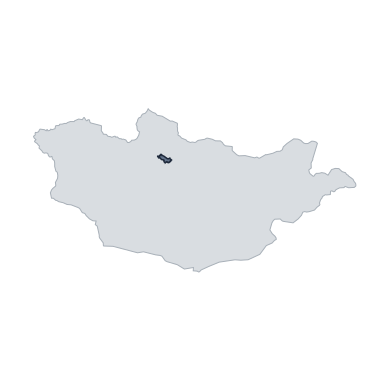 Cecerleg, Arhangay, Mongolia shown in context, rotated 5°
{"feature_id": "93677404B12707642123499", "entity_name": "Cecerleg", "entity_type": "district", "adm_level": 2, "iso_a3": "MNG", "parent_name": "Mongolia", "parent_adm1": "Arhangay", "projection": "albers", "projection_center": [101.208, 48.955], "detail": "fine", "context": "in_parent", "style": "filled", "palette": "slate", "viewbox_px": 384, "rotation_deg": 5, "n_neighbors": 0, "source": "geoboundaries", "source_scale": "gbopen_adm2", "svg_char_len": 5354}
<svg xmlns="http://www.w3.org/2000/svg" viewBox="0 0 384 384"><g transform="rotate(5 192 192)"><path d="M30.8,146.3L31.9,146.4L33.9,145.4L34.5,143.6L35.2,142.6L39.6,142.8L41.4,143.7L41.9,142.6L42.3,142.4L43.2,143.6L44.2,143.3L45.0,143.0L45.8,141.7L47.2,142.1L50.0,140.9L50.3,138.1L51.4,137.6L53.7,137.4L54.2,136.2L54.7,135.9L56.4,135.8L59.4,134.7L60.7,134.8L61.9,133.7L64.7,132.4L68.5,132.1L68.9,131.3L72.7,129.2L76.4,129.5L77.6,127.4L78.2,127.2L80.5,130.2L81.6,130.0L82.1,129.0L83.6,129.2L84.1,131.1L84.9,132.0L95.8,133.8L96.1,134.5L96.3,138.9L98.2,141.1L98.6,142.1L101.7,142.1L103.3,143.8L106.0,144.0L107.3,144.5L110.0,143.2L110.6,143.2L111.3,144.1L112.6,143.6L115.0,145.2L116.8,145.1L117.7,145.7L118.8,145.3L121.5,145.9L123.5,148.3L125.0,148.2L126.8,146.8L127.4,145.7L130.0,145.3L131.5,144.4L132.5,143.5L134.0,140.1L134.5,136.6L133.2,136.0L132.1,134.9L131.6,132.9L131.5,131.6L130.4,129.6L130.5,128.6L131.3,126.9L131.8,124.2L132.7,122.7L134.5,121.9L134.7,120.8L135.8,118.8L138.6,117.6L140.2,115.3L141.1,112.9L142.4,114.2L145.8,116.0L148.7,116.8L150.6,118.6L155.7,119.1L164.3,123.3L166.1,123.0L171.2,124.7L171.6,125.3L171.6,128.4L172.0,129.3L172.3,132.6L173.3,134.3L173.0,136.3L173.5,136.9L174.8,137.2L176.9,139.2L181.5,140.6L182.9,141.9L186.2,142.8L187.8,142.2L190.5,142.4L191.4,142.1L193.1,140.4L194.1,139.9L200.1,138.4L201.7,137.2L202.8,137.0L207.6,137.7L211.0,139.0L215.8,138.6L218.1,140.2L219.2,141.8L221.2,143.1L227.9,143.2L228.2,143.5L228.4,147.0L228.8,147.5L233.4,151.0L235.6,151.9L241.7,151.1L251.4,152.5L253.6,151.5L255.7,152.5L256.5,152.3L262.2,148.3L263.1,148.4L269.3,146.3L273.1,144.1L276.1,143.8L278.3,142.0L279.0,139.1L282.4,135.4L288.7,130.2L293.0,130.1L295.8,131.0L298.9,133.4L300.5,133.9L303.3,133.6L306.9,130.9L309.1,130.9L311.2,131.4L312.7,132.6L309.4,148.4L309.5,149.3L308.1,152.7L308.7,157.7L306.4,159.9L307.3,162.6L308.1,163.6L311.4,165.8L312.3,165.3L312.9,164.0L314.2,162.6L317.1,162.3L319.5,161.4L322.7,161.7L326.0,163.4L329.1,157.5L332.7,156.0L336.3,155.9L339.7,158.6L343.2,159.4L344.5,161.1L345.9,161.6L346.5,162.4L351.3,165.3L352.7,167.6L354.2,169.1L354.7,170.9L354.6,171.9L353.2,173.3L347.6,174.1L344.0,173.1L343.0,174.4L338.7,175.0L336.5,176.3L335.0,177.4L334.3,178.8L333.6,179.3L332.9,179.4L331.4,178.7L330.3,178.9L330.0,179.2L330.0,182.5L326.3,183.2L325.0,183.1L322.3,185.2L322.1,186.5L320.8,188.5L319.9,191.9L320.5,193.2L320.2,194.1L317.8,196.3L315.6,199.3L310.4,201.4L307.9,202.0L305.9,201.7L304.1,202.5L303.1,205.6L300.1,209.6L295.4,213.9L285.8,213.3L284.5,213.0L282.2,211.2L276.8,211.9L275.4,213.5L274.3,215.8L272.9,223.0L275.6,226.6L278.5,228.8L279.8,230.5L280.0,232.0L278.4,233.0L276.3,235.8L270.7,238.9L265.0,248.2L253.8,254.6L246.6,255.7L240.7,255.8L225.2,259.5L215.4,264.6L208.0,268.8L206.4,270.8L205.6,271.1L204.2,270.4L200.1,270.4L200.0,267.1L191.1,269.4L183.7,265.7L173.3,263.6L171.3,262.8L167.7,258.6L165.9,258.0L161.3,257.8L148.9,255.8L143.1,257.3L118.0,253.0L108.8,253.5L108.4,253.1L108.0,250.4L104.0,245.9L103.5,244.8L103.4,243.2L100.6,234.3L98.5,232.9L99.0,229.3L95.7,229.3L92.2,227.7L88.7,224.8L87.1,222.7L84.5,222.1L81.6,218.3L80.2,217.5L72.6,215.3L68.6,215.3L64.6,213.9L59.8,213.2L58.4,212.3L57.0,212.2L54.4,210.3L52.6,210.4L51.0,205.2L51.9,202.2L53.1,200.5L55.6,198.0L55.7,197.0L55.1,194.4L56.9,190.1L56.9,187.3L56.1,184.1L54.6,183.1L53.0,178.6L52.7,175.2L52.1,172.8L50.0,171.1L49.5,169.0L48.9,168.8L48.3,169.4L46.9,169.4L45.7,168.0L45.1,166.4L44.4,165.9L42.9,165.8L41.4,166.2L40.0,165.6L38.9,164.1L35.8,161.6L36.0,160.1L35.7,159.1L34.7,158.6L33.8,157.4L30.8,155.6L30.8,154.9L32.0,153.5L29.9,151.8L29.3,150.3L30.9,148.8L30.6,147.5L30.8,146.3Z" fill="#d9dde1" stroke="#a8b0b8" stroke-width="1"/><path d="M166.9,160.2L166.2,160.7L165.9,160.9L165.5,161.0L165.3,161.1L164.7,161.0L164.7,160.9L164.3,160.9L164.0,160.7L163.9,160.6L163.7,160.4L163.4,160.2L162.7,160.0L162.6,159.9L162.5,159.7L162.3,159.6L162.2,159.6L161.9,159.4L161.4,159.0L160.6,158.7L159.1,158.1L158.9,157.9L158.5,157.5L157.9,157.2L157.7,157.1L157.4,157.1L157.2,157.0L157.3,157.1L157.4,157.3L157.5,157.4L157.5,157.5L157.4,157.6L157.3,157.8L157.3,158.0L157.2,158.0L156.9,158.2L157.0,158.3L156.9,158.3L156.8,158.5L156.7,158.6L156.4,158.7L156.4,158.8L156.3,159.0L156.5,159.1L156.5,159.3L156.2,159.3L156.0,159.5L155.9,159.5L155.7,159.5L155.4,159.7L155.2,159.6L155.2,159.8L155.1,159.7L154.9,159.7L154.9,159.4L154.7,159.4L154.7,159.5L154.8,159.6L154.8,159.8L155.2,160.0L155.4,160.2L155.5,160.3L155.9,160.4L156.0,160.4L156.1,160.5L156.3,160.6L156.5,160.7L156.4,160.9L157.2,160.8L158.0,161.5L158.7,162.3L161.0,162.5L161.4,162.8L161.2,163.3L161.4,163.5L161.5,164.1L161.8,164.6L162.0,164.7L162.4,164.9L162.5,164.9L162.8,164.9L162.8,165.0L163.0,165.0L163.1,164.9L163.1,165.0L163.2,164.9L163.3,164.8L163.3,164.7L163.5,164.6L163.8,164.5L163.9,164.4L164.0,164.3L164.3,164.4L164.5,164.4L164.6,164.2L164.7,164.3L164.8,164.3L165.0,164.4L165.0,164.5L165.3,164.7L165.4,164.8L165.5,164.8L165.8,164.9L166.0,164.8L166.2,164.7L166.3,164.5L166.3,164.4L166.5,164.3L166.6,164.2L166.7,164.3L166.8,164.4L167.0,164.2L167.3,163.9L167.2,163.9L167.3,163.9L167.4,163.7L167.5,163.5L167.7,163.4L167.7,163.2L167.8,163.1L167.9,162.9L167.8,162.7L168.0,162.5L168.1,162.4L168.1,162.2L168.2,162.3L168.3,162.3L168.3,162.2L168.5,162.0L168.6,161.9L168.7,162.0L168.8,161.9L168.4,161.6L167.7,161.1L167.1,160.7L166.9,160.2Z" fill="#64748b" stroke="#1e293b" stroke-width="1.5"/></g></svg>